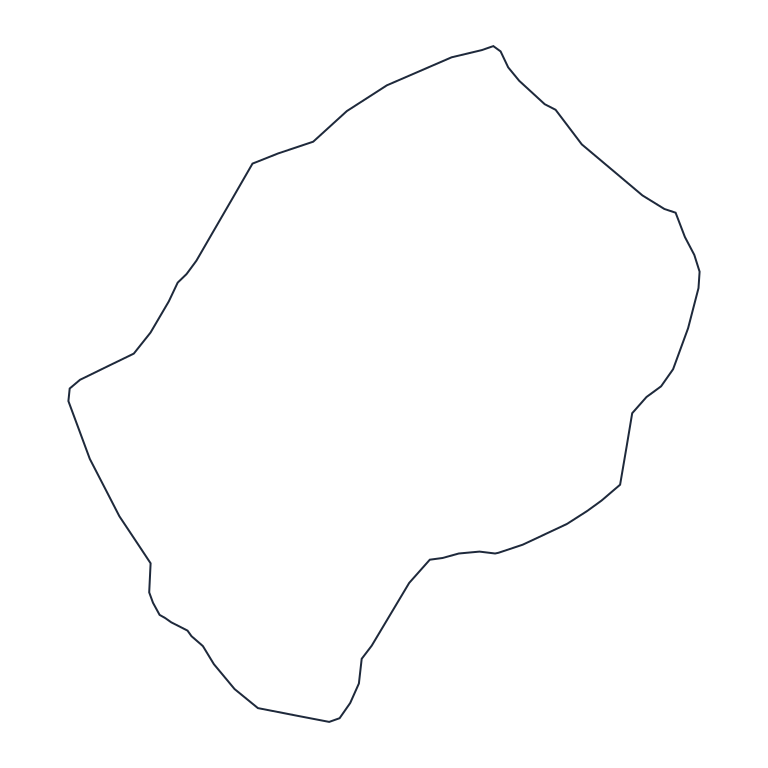 map outline of Lesotho (Natural Earth projection)
{"feature_id": "LSO", "entity_name": "Lesotho", "entity_type": "country or territory", "adm_level": 0, "iso_a3": "LSO", "parent_name": "Africa", "parent_adm1": "", "projection": "natural_earth1", "projection_center": [28.2, -29.612], "detail": "fine", "context": "isolated", "style": "outline", "palette": "slate", "viewbox_px": 768, "rotation_deg": 0, "n_neighbors": 0, "source": "natural_earth", "source_scale": "50m", "svg_char_len": 1039}
<svg xmlns="http://www.w3.org/2000/svg" viewBox="0 0 768 768"><path d="M522.7,544.7L498.4,552.8L495.1,553.5L479.5,551.6L458.8,553.5L442.5,558.0L429.8,559.7L409.2,582.9L371.7,645.7L361.7,658.8L358.9,683.5L350.2,703.0L339.6,718.2L329.2,721.9L297.9,715.9L257.9,708.1L234.6,689.1L213.9,664.2L202.9,646.1L191.5,636.2L187.5,630.6L171.2,622.3L165.1,618.0L159.6,614.9L153.0,602.8L149.2,592.4L150.6,563.3L139.1,545.9L119.4,516.3L106.9,492.0L89.8,458.9L79.3,430.5L68.4,401.1L69.7,388.5L80.0,379.8L110.3,365.0L133.8,353.6L150.5,332.6L168.8,301.4L177.7,282.6L186.6,274.0L196.4,260.7L213.4,231.3L232.3,198.7L252.5,163.6L278.2,153.4L313.2,141.7L346.8,111.1L386.9,85.3L451.6,57.3L481.8,50.1L493.3,46.1L500.6,51.4L508.2,67.4L519.2,80.8L544.7,104.2L555.6,109.8L581.8,144.4L610.0,168.1L642.4,195.4L664.4,209.0L675.6,212.7L684.9,237.0L694.3,254.9L699.6,271.7L698.5,288.1L688.1,328.2L673.1,369.2L661.1,386.3L646.5,397.0L632.2,413.2L626.7,446.1L620.1,484.7L601.5,500.6L587.0,511.1L567.0,523.9L522.7,544.7Z" fill="none" stroke="#1e293b" stroke-width="2"/></svg>